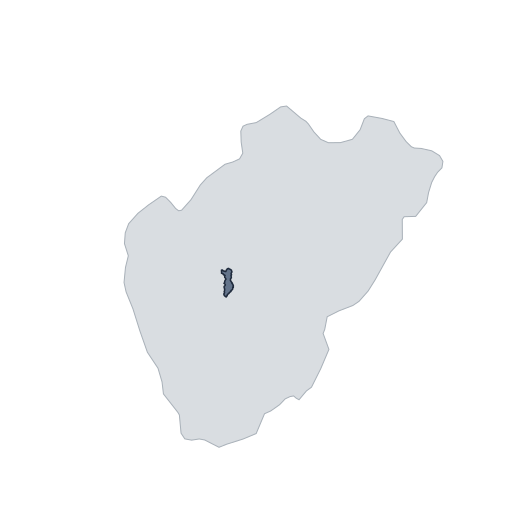 Nyisho, Wangdi Phodrang, Bhutan shown in context, rotated 306°
{"feature_id": "84629894B40037951494601", "entity_name": "Nyisho", "entity_type": "district", "adm_level": 2, "iso_a3": "BTN", "parent_name": "Bhutan", "parent_adm1": "Wangdi Phodrang", "projection": "equal_earth", "projection_center": [90.07, 27.567], "detail": "fine", "context": "in_parent", "style": "filled", "palette": "slate", "viewbox_px": 512, "rotation_deg": 306, "n_neighbors": 0, "source": "geoboundaries", "source_scale": "gbopen_adm2", "svg_char_len": 5202}
<svg xmlns="http://www.w3.org/2000/svg" viewBox="0 0 512 512"><g transform="rotate(306 256 256)"><path d="M394.3,217.3L393.6,220.8L390.4,229.9L388.4,239.8L390.2,248.0L397.4,257.7L407.1,265.4L419.4,266.0L430.7,263.0L435.2,264.3L441.4,277.2L445.8,288.5L440.0,300.1L436.8,310.2L435.7,317.4L436.4,320.6L440.1,326.4L444.4,336.4L445.1,345.5L442.4,351.6L436.6,354.6L430.4,353.7L425.2,353.9L418.8,354.9L408.8,358.3L399.5,362.7L381.9,361.9L374.9,352.8L371.6,352.8L355.7,364.5L338.3,362.5L306.7,366.4L293.5,367.3L279.9,366.0L273.0,363.5L260.3,355.3L248.7,349.3L236.9,354.8L232.8,355.8L223.3,369.9L202.9,374.6L182.5,378.0L176.5,376.1L165.0,375.3L164.6,372.0L164.9,368.7L162.3,366.2L157.6,363.6L149.6,362.5L139.3,359.0L133.4,355.6L112.5,360.5L100.3,353.1L86.5,342.9L79.5,338.5L77.0,322.6L74.6,317.6L69.2,312.2L66.2,305.9L68.6,299.5L82.4,287.4L83.6,284.6L90.0,262.2L98.9,254.0L107.6,242.7L114.3,224.7L127.0,206.3L141.0,187.4L150.6,172.0L157.0,164.8L170.1,157.1L181.1,152.6L188.7,142.3L197.9,136.6L207.3,134.0L221.2,135.4L234.4,139.1L248.8,144.2L250.4,148.3L249.2,155.6L247.2,163.0L247.1,166.8L249.3,168.9L263.4,170.3L280.7,169.2L290.4,170.2L312.0,177.0L318.3,181.9L324.9,185.6L331.4,184.9L339.5,177.0L348.1,170.3L353.4,169.2L357.3,171.4L364.1,177.8L378.4,183.8L391.1,188.3L395.3,192.6L393.9,211.2L394.3,217.3Z" fill="#d9dde1" stroke="#a8b0b8" stroke-width="1"/><path d="M219.6,253.4L219.6,253.1L219.6,252.9L219.8,252.9L220.0,252.8L220.2,252.6L220.2,252.4L220.2,252.2L220.3,252.1L220.4,251.8L220.4,251.7L220.5,251.6L220.6,251.3L220.6,251.2L220.7,250.9L220.7,250.7L221.0,250.4L221.1,250.0L221.1,249.9L221.2,249.7L221.3,249.5L221.5,249.4L221.9,249.2L222.0,249.2L222.3,249.0L222.6,248.8L222.7,248.7L222.8,248.7L223.0,248.8L223.3,248.8L223.7,248.9L223.9,248.7L224.0,248.7L224.3,248.6L224.5,248.4L224.6,248.2L224.9,247.9L225.0,247.8L225.2,247.6L225.4,247.3L225.5,247.3L226.0,247.3L226.3,247.3L226.5,247.2L226.7,246.9L226.8,246.7L226.8,246.4L227.0,246.3L227.2,246.2L227.3,246.1L227.5,246.0L227.8,246.0L228.0,246.0L228.4,246.0L228.6,245.9L228.9,245.9L229.0,245.8L229.2,245.7L229.3,245.5L229.4,245.3L229.6,245.0L229.8,244.8L229.8,244.7L230.0,244.5L230.1,244.4L230.1,244.2L230.1,243.6L230.1,243.2L230.0,242.8L230.0,242.7L229.9,242.5L229.8,242.3L229.8,242.2L229.8,241.8L229.8,241.7L229.9,241.4L229.9,241.2L229.7,241.1L229.4,240.9L229.2,240.8L229.2,240.6L228.9,240.5L228.8,240.4L228.6,240.3L228.3,240.3L228.1,240.4L227.8,240.4L227.6,240.4L227.3,240.4L227.2,240.3L226.7,240.4L226.5,240.5L226.2,240.6L225.9,240.7L225.7,240.7L225.5,240.4L225.3,240.1L225.3,239.9L225.3,239.7L225.3,239.4L225.1,239.2L224.9,239.1L224.8,238.8L224.8,238.7L224.8,238.4L224.8,238.2L224.8,237.8L224.8,237.7L224.9,237.4L224.9,237.1L224.8,236.8L224.7,236.7L224.3,236.4L224.1,236.5L223.9,236.6L223.8,236.8L223.7,236.9L223.5,237.0L223.2,237.2L223.0,237.3L222.9,237.5L222.7,237.6L222.5,237.8L222.4,237.9L222.3,238.0L222.2,238.0L221.8,238.3L222.0,238.9L222.0,239.1L222.0,239.3L222.2,239.7L222.2,239.9L222.2,240.1L221.9,240.4L221.8,240.5L221.7,240.9L221.8,241.0L222.0,241.4L222.1,241.5L222.0,241.8L222.1,242.0L222.1,242.3L221.8,242.3L221.7,242.3L221.5,242.5L221.3,242.5L221.1,242.7L220.9,242.8L220.7,242.9L220.3,243.3L220.3,243.5L220.2,244.1L220.1,244.3L219.9,244.6L219.9,244.8L219.7,245.2L219.6,245.3L219.4,245.3L219.1,245.3L218.9,245.3L218.6,245.3L218.4,245.3L218.2,245.4L217.9,245.4L217.7,245.4L217.3,245.5L217.1,245.6L216.9,245.7L216.9,245.8L216.7,245.9L216.5,246.0L216.2,246.2L216.0,246.3L215.9,246.3L215.3,246.1L215.2,246.1L215.2,246.3L215.1,246.6L215.2,246.8L215.0,247.2L215.0,247.3L214.9,247.6L214.9,247.8L214.8,248.0L214.7,248.0L214.4,248.2L214.3,248.3L214.2,248.3L213.7,248.3L213.4,248.3L213.3,248.2L212.9,248.1L212.7,248.1L212.3,248.3L212.1,248.5L211.9,248.6L211.7,248.8L211.6,249.0L211.4,249.4L211.4,249.5L211.0,249.8L210.9,249.8L210.7,250.1L210.6,250.3L210.4,250.4L210.2,250.5L209.9,250.7L209.5,250.9L209.4,251.0L209.2,251.1L208.9,251.1L208.7,251.1L208.4,251.3L208.2,251.7L208.1,251.8L207.9,251.9L207.8,252.1L207.7,252.1L207.4,252.2L207.2,252.2L207.0,252.3L206.9,252.3L206.9,252.2L206.6,252.2L206.5,252.3L206.4,252.4L206.2,252.5L205.9,252.7L205.7,253.0L205.7,253.4L205.5,253.5L205.4,253.9L205.3,254.0L205.3,254.3L205.3,254.5L205.3,254.8L205.3,255.1L205.2,255.5L205.0,255.8L204.9,255.8L204.7,255.8L204.8,255.8L205.0,255.9L205.3,255.7L205.3,255.8L205.5,255.8L205.7,255.7L205.8,255.7L206.0,255.9L206.2,256.0L206.5,256.0L206.9,256.0L207.0,255.8L207.3,255.8L207.5,255.8L207.9,255.6L208.0,255.5L208.4,255.6L208.6,255.6L208.8,255.8L209.0,255.9L209.3,256.0L209.5,256.0L209.9,256.1L210.1,256.1L210.2,255.9L210.3,255.9L210.6,256.0L210.9,256.1L211.0,256.1L211.4,256.1L211.5,256.2L211.7,256.3L211.8,256.3L212.0,256.4L212.3,256.5L212.6,256.6L212.8,256.5L213.0,256.4L213.2,256.1L213.3,256.1L213.5,256.1L213.8,256.3L214.1,256.4L214.2,256.5L214.3,256.5L214.6,256.5L215.0,256.5L215.3,256.6L215.6,256.5L215.8,256.4L216.0,256.3L216.4,256.0L216.6,256.0L216.7,255.9L216.8,255.7L217.0,255.6L217.1,255.8L217.3,256.0L217.4,255.9L217.5,255.8L217.6,255.7L217.9,255.6L218.0,255.6L218.2,255.4L218.3,255.3L218.5,255.2L218.8,255.0L218.8,254.9L218.9,254.5L219.0,254.4L219.3,254.1L219.5,254.0L219.5,253.7L219.6,253.4Z" fill="#64748b" stroke="#1e293b" stroke-width="1.5"/></g></svg>